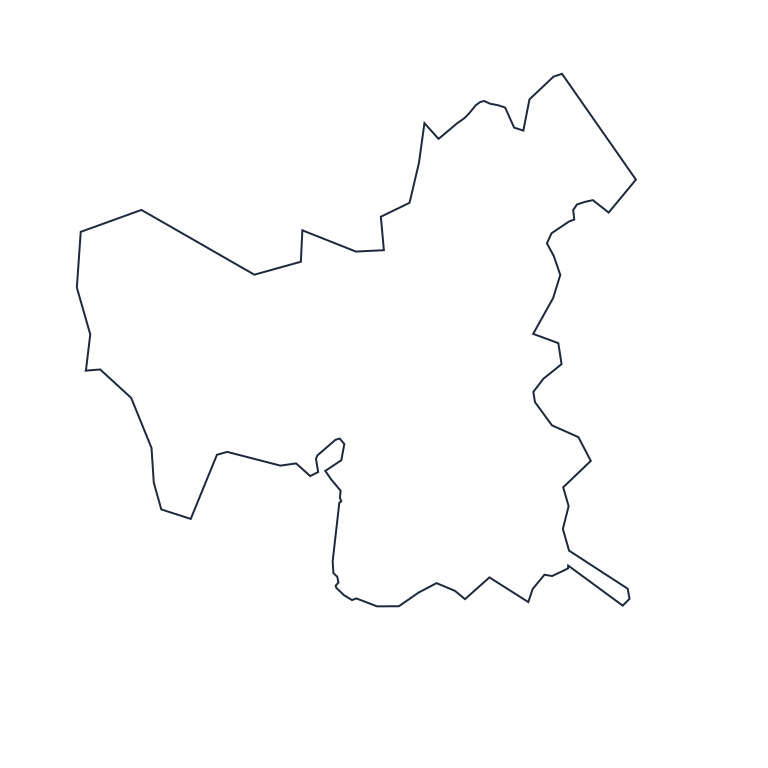 Um Dam Haj Ahmed, North Kordufan, Sudan, rotated 168°
{"feature_id": "16777658B82514176386469", "entity_name": "Um Dam Haj Ahmed", "entity_type": "district", "adm_level": 2, "iso_a3": "SDN", "parent_name": "Sudan", "parent_adm1": "North Kordufan", "projection": "robinson", "projection_center": [30.757, 13.71], "detail": "fine", "context": "isolated", "style": "outline", "palette": "slate", "viewbox_px": 768, "rotation_deg": 168, "n_neighbors": 0, "source": "geoboundaries", "source_scale": "gbopen_adm2", "svg_char_len": 1593}
<svg xmlns="http://www.w3.org/2000/svg" viewBox="0 0 768 768"><g transform="rotate(168 384 384)"><path d="M290.2,630.8L303.5,593.9L303.7,593.5L304.1,592.4L316.7,565.8L321.4,555.9L352.3,548.3L356.3,514.9L384.0,519.4L431.9,551.3L439.9,520.9L488.1,517.9L509.8,537.3L541.7,565.9L585.1,604.7L649.0,595.9L664.4,542.2L661.0,493.6L669.2,469.6L672.7,459.4L672.9,459.1L658.6,457.2L634.2,423.0L624.7,369.8L629.7,335.3L627.9,307.6L601.1,292.2L562.1,349.5L551.5,350.2L502.3,325.7L486.5,324.6L475.3,309.3L466.7,311.6L466.1,325.0L464.0,328.0L443.1,339.5L438.6,339.8L435.3,333.5L441.6,318.3L459.5,311.2L455.6,301.8L448.6,288.6L450.8,281.9L450.1,278.2L452.4,277.1L471.1,221.2L472.8,209.5L469.8,205.2L469.8,199.3L473.2,196.8L473.1,194.6L466.9,185.6L460.2,179.3L455.6,180.0L437.1,168.0L415.7,163.5L393.5,172.8L374.0,178.3L357.6,166.9L349.5,156.7L321.1,172.9L288.2,140.7L281.2,152.6L266.7,164.1L259.5,161.2L242.4,165.3L241.6,168.1L196.6,117.6L188.5,122.8L188.2,133.1L237.6,182.5L239.2,205.0L228.8,226.1L230.2,245.7L197.7,265.8L204.9,291.6L228.3,308.6L240.1,334.9L239.6,345.2L227.0,356.0L206.2,366.5L205.0,387.7L227.7,402.0L200.7,432.9L188.9,454.0L191.3,473.8L195.4,487.7L188.8,496.6L169.2,504.5L163.7,505.3L162.8,514.8L157.9,519.5L148.9,520.4L141.5,520.4L128.6,505.0L95.1,531.5L145.4,650.4L154.3,649.4L182.5,632.2L187.3,621.0L194.9,603.2L195.0,602.9L203.4,607.7L208.0,629.1L209.6,630.2L215.2,633.3L221.6,635.9L221.8,636.0L226.4,639.4L227.2,640.0L231.3,639.8L236.1,637.7L244.4,631.1L249.7,627.5L258.5,623.7L279.3,612.6L279.6,613.1L280.0,612.9L290.2,630.8Z" fill="none" stroke="#1e293b" stroke-width="2"/></g></svg>